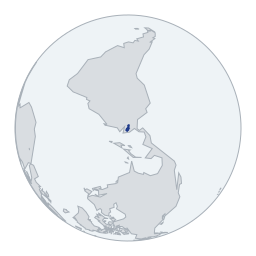 the Earth from above Cesar, rotated 195°
{"feature_id": "COL-1414", "entity_name": "Cesar", "entity_type": "Department", "adm_level": 1, "iso_a3": "COL", "parent_name": "Colombia", "parent_adm1": "", "projection": "orthographic", "projection_center": [-73.578, 9.272], "detail": "fine", "context": "on_globe", "style": "filled", "palette": "blue", "viewbox_px": 256, "rotation_deg": 195, "n_neighbors": 0, "source": "natural_earth", "source_scale": "10m", "svg_char_len": 8705}
<svg xmlns="http://www.w3.org/2000/svg" viewBox="0 0 256 256"><g transform="rotate(195 128 128)"><circle cx="128" cy="128" r="113" fill="#eef3f6" stroke="#a8b0b8"/><path d="M119.1,129.8L116.4,128.6L113.8,131.9L104.8,126.3L101.6,119.6L74.6,108.0L72.0,104.6L72.3,99.1L64.9,81.0L67.4,97.8L64.2,94.4L62.0,88.3L63.6,86.9L62.7,78.4L60.1,75.0L61.4,64.8L69.5,52.7L70.1,54.7L72.0,51.9L71.4,49.4L70.5,48.6L76.2,38.3L75.4,33.4L71.5,34.5L75.3,32.5L65.3,36.8L62.5,37.4L67.9,35.2L70.2,33.9L69.5,33.3L71.7,31.9L72.6,31.0L75.3,29.5L78.3,28.7L80.1,27.8L79.4,27.5L81.7,26.1L82.4,26.6L86.5,24.3L92.3,23.4L91.9,27.3L97.3,26.7L103.0,31.1L104.7,29.9L108.0,31.3L111.2,30.6L111.3,31.9L113.8,30.2L113.1,29.2L113.9,28.2L115.8,27.7L116.2,29.3L115.4,29.7L116.5,30.0L115.9,31.0L117.2,30.2L117.6,32.4L120.0,29.7L122.6,31.0L122.0,32.6L118.5,33.1L108.7,39.1L107.1,41.5L108.4,44.0L118.3,47.0L118.0,49.6L120.2,52.7L122.0,50.7L120.9,47.7L124.8,45.3L123.0,42.3L124.3,41.0L123.9,38.0L127.8,37.8L131.8,39.5L132.3,42.1L134.1,43.0L136.7,40.3L140.7,45.3L148.6,49.2L149.2,50.8L144.9,53.8L137.0,54.1L131.3,59.3L138.9,55.5L140.3,60.1L142.2,60.8L144.4,60.5L145.4,58.7L146.7,60.4L139.7,64.4L138.4,63.0L140.6,61.6L136.9,61.9L132.2,65.3L133.3,67.7L125.0,71.3L125.7,73.2L124.3,75.2L123.8,71.9L124.6,78.1L115.0,85.4L115.9,97.0L110.8,88.0L106.4,87.0L101.1,87.2L101.2,89.1L94.1,87.7L87.6,91.6L85.2,100.8L87.5,108.0L95.4,108.4L97.8,104.4L103.6,103.6L99.3,114.4L109.4,116.0L108.4,124.1L111.3,128.3L116.4,127.2L121.7,129.2L125.4,124.4L131.5,121.8L131.7,128.4L135.0,122.3L138.4,125.4L150.4,124.8L149.5,126.3L159.7,133.7L170.6,136.6L173.1,141.3L171.8,144.3L175.5,144.9L175.6,146.8L190.3,148.7L197.6,152.8L197.2,159.4L190.8,167.6L184.3,183.7L172.7,189.6L169.3,195.8L159.4,204.9L152.4,204.6L154.0,208.6L149.8,211.3L145.1,211.6L144.0,214.4L140.5,214.6L142.6,216.4L136.6,220.0L137.9,222.8L133.5,225.5L134.5,227.1L132.9,227.0L131.2,227.6L131.0,228.4L126.4,227.0L125.4,223.5L127.3,221.6L125.2,221.3L129.2,216.3L126.9,217.4L128.0,209.6L131.5,202.9L134.3,182.6L132.0,178.5L123.4,173.7L113.0,157.8L115.9,151.2L113.6,148.0L121.0,138.6L119.1,129.8ZM22.5,94.3L23.3,91.8L23.1,93.5L22.5,94.3ZM23.6,90.2L23.4,91.1L23.5,90.3L23.6,90.2ZM23.6,89.6L23.6,90.0L23.5,89.8L23.6,89.6ZM23.5,89.2L23.6,89.3L23.5,89.2ZM115.3,100.9L126.9,106.5L120.3,107.3L121.5,106.2L118.6,103.9L113.1,101.8L107.3,103.1L115.3,100.9ZM23.7,87.8L23.8,87.3L24.0,87.2L23.7,87.8ZM120.5,94.4L118.5,94.0L120.5,94.0L120.5,94.4ZM69.8,48.5L71.2,49.6L70.9,52.5L69.5,51.7L69.8,48.5ZM70.7,43.6L71.9,43.5L69.7,46.1L69.7,45.4L70.7,43.6ZM68.1,35.8L68.8,36.1L67.4,36.3L68.1,35.8ZM72.2,31.1L71.3,31.5L72.2,30.9L72.2,31.1ZM121.8,38.3L122.8,38.1L122.3,38.8L121.8,38.3ZM120.6,37.2L119.3,38.1L118.6,37.7L119.4,37.2L120.6,37.2ZM77.1,28.1L78.7,27.1L77.6,28.0L77.1,28.1ZM122.3,36.3L117.4,36.9L116.2,36.3L118.1,33.9L122.3,36.3ZM80.0,26.5L84.0,24.4L82.3,25.1L89.2,22.4L83.6,24.8L82.4,25.6L81.7,25.7L80.0,26.5ZM112.0,29.0L112.9,30.1L110.5,29.7L112.0,29.0ZM110.3,29.0L101.7,29.6L101.3,28.1L104.3,28.0L102.4,26.5L106.5,25.4L108.4,26.0L107.9,27.2L109.9,25.9L110.3,29.0ZM92.4,21.4L93.8,20.9L92.9,21.3L92.4,21.4ZM114.1,27.7L112.4,27.9L111.9,26.5L115.3,25.9L114.3,26.5L114.1,27.7ZM100.0,26.8L100.2,25.8L103.6,24.6L104.2,24.1L106.6,25.3L100.0,26.8ZM115.4,26.6L117.0,25.7L118.9,26.0L115.7,27.5L115.4,26.6ZM110.4,26.4L110.4,25.7L111.5,25.9L110.4,26.4ZM126.4,27.1L124.4,27.1L124.0,26.4L126.4,27.1ZM117.5,25.3L116.8,25.2L116.4,25.0L117.9,24.5L117.5,25.3ZM108.8,24.4L110.2,24.2L108.0,23.8L110.4,23.1L111.6,24.1L112.1,23.3L112.9,23.1L113.0,24.2L108.8,24.4ZM118.2,23.3L120.5,24.7L124.3,24.7L124.8,25.4L118.5,25.2L118.2,23.3ZM115.1,23.7L117.1,23.6L116.7,24.3L115.0,24.9L115.1,23.7ZM111.7,22.3L107.6,23.1L107.5,22.9L111.7,22.3ZM119.4,23.1L118.8,22.9L119.7,23.1L119.4,23.1ZM114.1,22.3L112.7,22.6L112.6,22.3L114.1,22.3ZM118.8,22.1L119.5,22.5L118.5,22.8L118.8,22.1ZM116.7,22.1L116.9,21.6L117.6,22.7L116.1,22.2L116.7,22.1ZM114.3,22.0L113.8,21.9L114.9,21.9L114.3,22.0ZM122.5,20.7L123.6,22.0L121.2,22.7L120.4,21.3L122.5,20.7ZM134.0,229.9L126.7,227.6L130.8,228.7L133.9,227.3L137.7,229.1L134.0,229.9ZM142.9,226.4L146.3,225.5L147.1,225.9L144.9,226.6L142.9,226.4ZM212.8,53.8L213.5,54.7L215.9,57.5L216.9,58.9L218.1,60.5L213.9,55.4L212.0,53.3L206.5,49.1L208.7,51.5L214.0,55.8L213.7,55.8L216.8,59.7L214.2,56.7L207.8,52.0L208.1,55.1L213.6,66.2L212.7,68.2L209.5,67.5L202.1,57.9L205.1,54.7L202.6,51.8L197.4,48.8L198.8,48.3L197.0,46.8L197.7,45.7L194.2,41.3L194.3,40.2L188.6,36.0L187.8,35.0L191.4,37.6L193.9,39.1L193.4,37.0L192.1,35.8L188.4,33.5L188.8,33.4L185.3,31.4L182.9,29.7L182.9,30.3L178.6,28.1L174.8,26.0L173.4,25.5L179.6,29.0L182.0,30.3L184.1,31.3L190.8,35.8L191.9,37.2L184.9,33.2L185.7,34.9L179.9,31.6L166.8,23.4L163.6,21.6L166.9,22.3L170.5,23.7L170.8,23.9L173.8,25.1L181.1,28.7L188.1,32.7L194.8,37.3L201.2,42.4L207.2,47.9L212.8,53.8ZM92.3,21.2L93.5,20.8L89.2,22.4L82.3,25.1L78.0,27.1L92.3,21.2ZM233.3,168.1L235.5,161.3L238.0,152.1L239.2,145.5L239.6,132.6L239.7,124.1L239.2,121.2L238.4,123.0L237.5,119.6L236.8,120.2L230.3,127.0L226.6,123.2L218.3,109.6L218.2,102.7L215.3,95.8L212.5,68.6L215.3,68.7L216.9,62.3L217.7,62.6L221.1,67.8L225.2,71.2L222.3,66.3L222.3,66.5L226.5,73.4L230.2,80.7L233.4,88.2L236.0,96.0L238.0,103.9L239.5,111.9L240.4,120.0L240.6,128.2L240.3,136.3L239.4,144.4L238.0,152.5L235.9,160.4L233.3,168.1ZM217.4,81.1L218.3,83.2L217.4,81.1ZM150.8,124.7L152.3,125.9L150.4,126.0L150.8,124.7ZM119.4,110.0L121.8,110.1L123.1,111.1L121.2,111.5L119.4,110.0ZM140.0,109.8L142.9,110.3L139.9,110.9L140.0,109.8ZM128.7,107.2L137.8,109.6L132.1,111.7L126.4,110.2L130.3,109.6L128.7,107.2ZM119.4,98.2L120.9,98.7L120.4,99.9L119.4,98.2ZM122.0,94.4L121.4,94.5L120.6,93.6L122.0,94.4ZM140.7,59.9L141.3,59.6L143.6,59.7L142.5,60.5L140.7,59.9ZM153.3,56.0L155.1,58.8L153.1,57.2L152.0,58.6L146.5,57.3L149.3,51.6L149.0,54.3L153.3,56.0ZM139.8,54.4L143.0,55.6L139.4,54.5L139.8,54.4ZM186.8,41.0L188.5,41.4L190.4,43.2L190.4,45.6L187.6,42.9L186.8,41.0ZM190.5,41.6L183.5,37.6L183.3,36.2L184.6,37.6L185.1,37.1L187.4,39.3L194.0,42.3L196.1,44.2L194.8,47.0L194.1,44.9L192.5,44.5L190.5,41.6ZM166.2,32.6L163.2,31.6L166.6,29.8L169.0,31.0L169.1,33.2L166.3,33.2L166.2,32.6ZM126.8,32.3L125.4,32.6L125.3,32.1L126.3,31.4L126.8,32.3ZM125.5,27.2L132.6,30.5L131.4,31.0L137.0,32.8L136.0,34.8L132.4,33.5L135.8,36.6L132.2,36.3L134.8,38.4L126.9,35.3L123.8,35.4L127.7,34.4L128.7,32.5L128.2,31.7L124.4,29.6L118.2,29.1L118.2,27.4L119.8,26.4L121.3,26.2L120.9,27.3L123.2,26.3L123.7,27.8L125.5,27.2ZM139.3,19.1L138.2,19.7L143.0,19.4L143.5,20.3L144.0,20.2L145.7,21.1L148.8,22.0L148.5,22.4L149.8,22.7L151.0,23.3L152.7,23.9L152.8,24.9L154.9,25.6L153.7,25.7L157.3,26.8L154.7,26.5L156.0,27.6L157.8,27.3L154.0,33.1L154.4,36.4L156.2,39.5L151.5,38.9L146.7,35.9L142.7,32.2L142.9,29.3L140.7,29.8L140.2,28.6L142.2,28.8L138.8,27.9L138.9,27.1L135.3,24.7L130.4,24.5L129.0,23.8L130.9,23.5L128.1,23.0L130.8,22.0L129.9,21.6L131.6,20.4L135.9,20.3L134.5,19.8L135.8,19.1L139.3,19.1ZM123.1,20.4L128.2,19.7L130.9,20.0L126.8,22.1L127.3,22.7L124.7,24.4L120.8,24.0L121.9,23.5L122.0,23.0L123.2,23.3L122.4,22.7L123.8,22.0L123.6,21.4L125.3,21.3L123.1,20.4ZM216.4,60.3L216.6,60.2L216.5,59.4L218.4,62.0L216.4,60.3ZM212.2,57.1L212.1,56.5L214.7,59.4L214.5,59.7L212.2,57.1ZM209.7,53.8L211.9,56.2L210.6,55.1L209.7,53.8ZM191.1,37.1L190.6,36.4L191.5,36.9L192.7,37.9L191.1,37.1ZM153.7,19.7L152.6,19.7L151.9,19.5L148.1,19.0L147.5,18.5L149.5,18.6L153.7,19.7ZM152.3,19.1L150.9,18.9L151.5,18.8L152.3,19.1ZM146.8,18.1L147.1,17.9L146.9,18.4L146.8,18.1ZM132.8,15.5L131.1,15.4L130.7,15.4L132.8,15.5ZM142.9,16.6L144.7,16.9L144.2,16.9L142.9,16.6ZM93.2,21.0L93.7,20.9L92.5,21.3L93.2,21.0Z" fill="#d9dde1" stroke="#a8b0b8" stroke-width="1"/><path d="M129.3,125.7L129.3,125.8L129.2,126.2L129.1,126.6L129.1,126.8L129.1,127.1L128.9,127.4L128.8,127.5L128.7,127.6L128.6,127.8L128.5,128.0L128.4,128.1L128.3,128.3L128.3,128.7L128.3,128.8L128.3,129.0L128.2,129.0L128.0,129.3L128.1,129.5L128.1,129.8L128.3,129.8L128.3,129.7L128.4,129.8L128.4,130.0L128.3,130.3L128.4,130.5L128.5,130.5L128.4,130.7L128.4,130.8L128.4,131.0L128.2,131.1L127.9,131.0L127.7,131.0L127.7,130.9L127.8,130.8L127.8,130.7L127.7,130.6L127.6,130.3L127.6,130.2L127.6,129.9L127.7,129.7L127.6,129.4L127.5,129.2L127.6,128.9L127.4,128.8L127.5,128.6L127.6,128.4L127.4,128.3L127.4,128.2L127.3,127.9L127.2,127.9L127.1,127.7L126.9,127.6L127.0,127.5L127.1,127.4L127.3,127.4L127.5,127.4L127.5,127.2L127.4,126.9L127.3,126.7L127.2,126.7L127.1,126.4L127.1,126.2L127.3,126.0L127.3,125.9L127.5,125.8L127.7,125.7L127.8,125.7L128.0,125.6L128.0,125.4L127.9,125.3L128.0,125.2L127.9,125.1L127.9,124.9L128.2,124.9L128.4,124.9L128.5,124.9L128.6,125.0L128.8,125.2L129.0,125.3L128.9,125.4L128.9,125.5L128.8,125.8L129.0,125.8L129.2,125.7L129.3,125.7L129.3,125.7Z" fill="#3b82f6" stroke="#1e3a8a" stroke-width="1.5"/></g></svg>